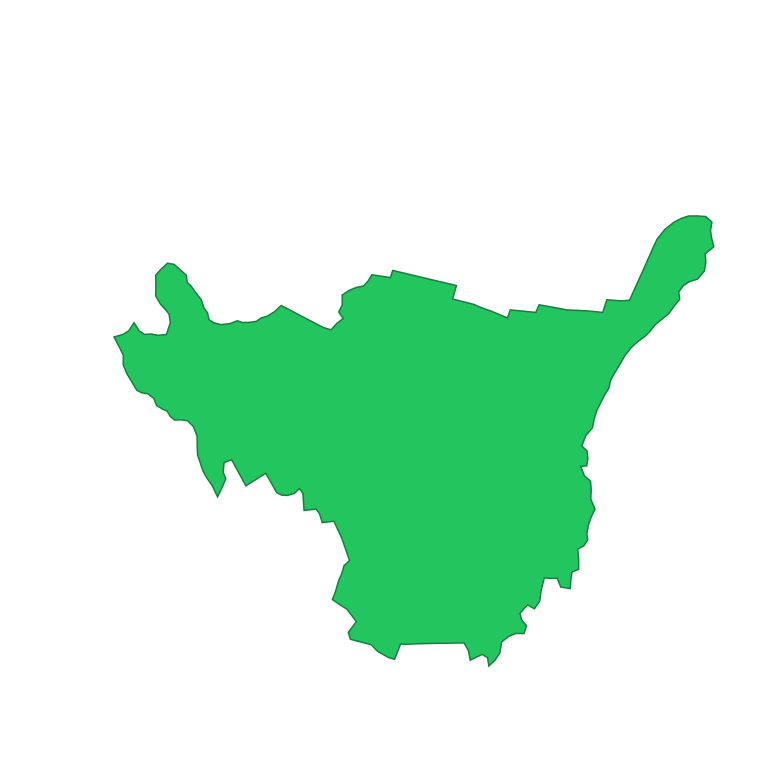 the district of Seara, Santa Catarina, Brazil, rotated 18°
{"feature_id": "56859067B54105310759595", "entity_name": "Seara", "entity_type": "district", "adm_level": 2, "iso_a3": "BRA", "parent_name": "Brazil", "parent_adm1": "Santa Catarina", "projection": "equal_earth", "projection_center": [-52.347, -27.133], "detail": "fine", "context": "isolated", "style": "filled", "palette": "green", "viewbox_px": 768, "rotation_deg": 18, "n_neighbors": 0, "source": "geoboundaries", "source_scale": "gbopen_adm2", "svg_char_len": 2774}
<svg xmlns="http://www.w3.org/2000/svg" viewBox="0 0 768 768"><g transform="rotate(18 384 384)"><path d="M633.1,229.2L636.2,219.3L639.1,212.2L635.9,205.3L638.4,197.7L643.0,192.1L649.8,187.3L653.8,177.6L652.4,168.6L649.3,160.9L655.3,151.5L650.2,143.5L647.1,137.1L645.9,128.7L638.2,125.3L629.5,127.5L621.5,130.2L615.4,134.8L609.8,140.5L603.3,150.3L599.0,161.7L598.0,169.2L595.6,192.9L591.6,228.5L584.0,231.6L569.9,235.0L569.9,248.3L554.8,251.6L535.5,256.9L507.1,260.7L506.2,269.0L481.2,274.5L481.0,283.0L463.7,281.6L452.3,281.3L444.9,280.5L423.0,282.0L422.5,268.0L357.2,273.3L357.2,280.8L338.6,283.9L337.1,291.0L334.2,297.2L328.1,300.5L322.1,305.5L316.7,312.3L319.9,321.8L318.7,329.5L324.9,334.3L320.3,341.1L317.0,348.8L309.0,349.1L261.9,341.1L257.7,348.8L252.0,355.6L246.9,359.0L243.2,363.9L236.8,367.0L230.7,369.2L225.0,369.2L218.8,374.2L210.6,377.9L203.3,378.4L197.8,376.9L194.1,370.8L189.3,367.3L184.1,360.2L175.9,354.7L170.5,350.6L165.4,348.1L162.3,341.6L155.5,338.6L147.5,335.1L140.8,336.0L137.0,342.8L133.2,351.0L137.0,362.0L139.6,370.8L146.8,377.2L153.0,380.6L158.0,384.0L161.8,391.7L161.8,404.1L154.2,407.5L147.1,408.4L140.8,410.9L134.6,409.0L127.4,402.9L124.9,412.1L120.6,417.4L112.7,422.7L121.3,431.1L127.2,437.2L130.0,446.2L135.8,453.2L150.8,466.3L156.1,467.2L162.1,466.3L169.5,468.7L174.3,474.7L180.5,476.2L186.2,476.9L190.7,480.8L195.9,483.0L202.1,480.8L208.4,479.6L216.0,483.4L222.5,491.7L226.0,502.1L228.7,509.2L233.6,515.7L238.5,522.5L244.6,528.1L252.4,534.1L260.6,542.8L262.0,532.6L262.8,522.9L258.3,517.6L256.2,508.1L262.5,503.1L284.1,523.5L299.1,505.5L307.9,513.4L315.6,520.5L321.2,521.3L326.6,519.8L332.6,515.7L335.9,509.6L340.6,513.0L347.1,529.0L358.1,523.9L362.9,527.5L368.1,534.9L378.8,530.0L391.5,543.7L405.8,562.6L402.1,569.0L402.4,577.7L401.6,585.1L402.0,595.6L401.6,605.0L410.6,607.7L418.3,609.6L431.1,618.5L426.8,631.3L431.0,637.2L452.3,635.9L460.8,640.3L472.6,642.7L479.1,642.6L480.1,626.3L487.1,624.1L497.6,620.2L511.2,615.4L540.2,605.5L546.7,611.5L551.3,620.0L556.6,614.9L561.1,610.8L567.1,612.3L570.8,619.8L574.8,612.7L577.3,604.0L575.6,592.9L581.0,585.1L586.5,580.5L594.3,578.1L594.3,569.9L587.9,566.0L584.1,560.0L588.8,549.8L596.6,551.3L599.2,542.2L597.2,531.2L596.4,518.8L602.4,517.4L608.9,515.2L614.8,522.5L624.4,521.0L622.4,513.3L620.9,504.7L626.4,500.1L623.3,490.5L619.3,481.1L624.2,475.9L625.9,469.4L623.1,463.6L622.0,454.5L622.2,446.2L623.4,437.8L616.2,429.5L613.7,420.3L610.4,412.5L603.0,409.4L596.5,401.6L602.1,399.2L600.9,392.0L597.8,384.9L591.3,381.8L591.9,370.7L595.8,361.2L594.7,352.1L594.7,342.6L595.9,335.1L597.0,327.5L599.2,318.4L598.4,310.5L599.6,303.6L602.1,293.1L604.5,282.0L608.3,272.1L613.0,264.1L617.5,258.1L620.6,252.0L623.5,244.0L628.8,235.7L633.1,229.2Z" fill="#22c55e" stroke="#15803d" stroke-width="1.5"/></g></svg>